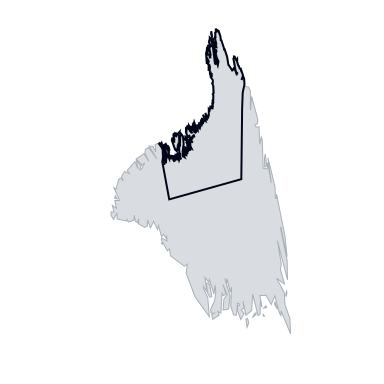 where Qaasuitsup Kommunia sits in Greenland, rotated 80°
{"feature_id": "GRL-2743", "entity_name": "Qaasuitsup Kommunia", "entity_type": "state/province", "adm_level": 1, "iso_a3": "GRL", "parent_name": "Greenland", "parent_adm1": "", "projection": "natural_earth1", "projection_center": [-56.716, 74.362], "detail": "fine", "context": "in_parent", "style": "outline", "palette": "ink", "viewbox_px": 384, "rotation_deg": 80, "n_neighbors": 0, "source": "natural_earth", "source_scale": "10m", "svg_char_len": 9714}
<svg xmlns="http://www.w3.org/2000/svg" viewBox="0 0 384 384"><g transform="rotate(80 192 192)"><path d="M251.3,108.1L272.3,109.6L242.4,110.6L242.4,111.1L275.9,110.2L295.1,113.2L254.8,116.3L278.6,116.6L283.5,118.3L298.8,116.9L291.6,123.7L307.1,118.6L318.7,120.0L333.6,117.6L348.8,119.6L324.5,124.9L329.1,125.8L326.7,126.9L308.6,128.4L316.6,133.6L306.7,136.9L305.7,143.1L317.4,143.1L311.4,143.7L324.0,146.1L325.4,148.4L303.1,150.0L319.0,153.8L322.8,160.3L308.3,160.7L315.1,161.0L316.7,164.0L320.8,161.7L326.0,166.1L316.3,167.7L311.5,166.8L312.1,165.1L310.7,164.5L309.4,166.5L321.0,169.6L320.3,172.3L311.2,173.7L292.7,169.6L297.3,171.8L283.7,172.5L288.1,173.8L282.6,174.6L301.1,172.7L313.6,176.2L313.7,181.9L303.1,179.2L299.0,175.3L288.3,177.6L298.2,176.3L299.6,179.1L296.9,180.0L316.3,184.6L314.0,187.3L318.0,186.6L321.0,193.5L316.3,194.0L315.2,191.1L314.6,194.2L310.9,194.1L302.6,188.4L294.5,185.9L287.7,185.5L296.3,188.1L281.3,190.1L283.9,191.2L278.3,194.1L292.9,194.5L287.1,197.2L288.6,197.5L298.6,194.8L317.9,196.6L295.8,207.2L270.6,211.9L262.3,209.0L263.8,212.4L251.2,224.2L244.0,224.1L245.7,226.4L233.6,230.6L232.1,229.7L235.8,225.2L230.5,224.5L233.0,225.5L228.7,227.4L230.9,229.7L219.3,230.9L223.0,232.5L214.3,234.9L220.1,239.2L211.9,240.6L217.8,241.9L218.5,245.0L214.0,250.2L209.1,249.1L212.6,250.9L211.1,252.8L204.8,252.9L209.7,254.1L210.5,259.7L207.7,260.8L209.3,261.1L205.6,270.3L200.1,269.7L205.4,274.0L200.7,275.9L197.5,275.1L198.5,272.3L191.3,272.8L194.9,269.2L187.0,269.5L187.8,264.8L173.7,268.3L176.2,266.5L166.6,261.8L165.9,259.4L169.2,257.9L164.4,258.6L160.0,254.8L163.0,250.4L159.5,252.1L152.1,242.9L159.8,241.2L151.1,241.3L157.1,237.6L161.2,239.4L160.5,237.5L155.3,233.6L156.9,236.7L149.8,241.2L145.9,232.6L154.4,229.2L145.8,231.6L141.9,230.6L140.7,227.1L153.3,220.8L139.4,226.3L140.4,222.5L146.4,220.8L138.8,220.0L138.1,216.7L145.5,214.1L156.7,215.9L146.5,213.5L138.4,215.7L141.7,210.8L150.8,211.9L153.2,209.4L140.4,210.1L142.3,207.7L153.3,207.8L155.2,206.4L152.6,206.8L153.4,203.9L158.0,203.6L153.5,203.3L157.5,197.2L146.5,197.0L133.4,192.3L155.4,194.5L149.0,190.0L153.3,190.1L141.3,187.8L148.8,185.1L139.5,185.8L141.1,184.2L138.1,180.2L136.6,180.5L139.3,183.6L136.5,186.7L127.3,186.0L131.5,180.2L127.4,181.5L129.0,180.2L127.2,179.5L132.0,176.5L126.8,175.6L128.9,173.3L124.4,171.6L125.9,170.2L123.7,167.6L118.2,167.6L123.5,164.8L111.0,159.1L112.7,158.0L111.3,156.7L85.8,152.2L58.7,154.0L52.6,151.9L60.1,150.2L44.3,147.4L70.5,144.4L54.2,144.7L36.5,139.9L43.1,137.2L73.8,133.6L82.8,127.8L67.5,126.7L81.5,122.4L97.2,121.6L98.5,118.0L102.5,117.0L121.5,120.2L108.3,116.7L131.8,114.6L136.2,115.6L136.9,118.6L139.4,117.3L139.4,114.7L156.9,117.0L149.4,114.0L154.1,113.9L181.0,117.8L182.4,113.9L176.1,112.4L196.7,112.4L171.4,111.3L201.0,109.3L212.2,111.0L213.1,110.2L208.8,109.1L251.3,108.1ZM134.4,195.1L148.6,200.3L138.1,202.9L131.3,199.5L134.7,197.8L131.8,196.4L134.4,195.1ZM298.2,190.6L298.8,192.6L294.5,194.1L284.1,193.8L285.8,190.7L298.2,190.6ZM180.1,116.1L170.5,114.6L167.3,113.2L179.5,113.9L180.1,116.1ZM322.3,128.3L317.0,130.2L314.2,129.4L322.3,128.3ZM330.6,158.7L334.8,161.3L326.5,161.0L326.2,159.3L330.6,158.7ZM326.1,154.3L322.5,151.7L322.1,149.9L323.9,150.3L326.1,154.3ZM129.4,176.7L127.4,178.7L123.8,177.6L129.4,176.7ZM311.4,117.4L309.6,117.6L306.0,116.1L307.3,115.9L311.4,117.4ZM155.5,198.5L152.5,200.7L151.7,198.5L155.5,198.5ZM318.7,138.5L318.8,141.6L316.9,139.0L318.7,138.5ZM43.1,145.2L39.9,145.7L37.4,145.3L43.1,145.2ZM138.7,187.9L137.0,189.4L136.6,189.1L138.7,187.9ZM326.8,143.1L324.3,143.4L326.7,142.1L326.8,143.1ZM185.8,266.9L184.9,269.2L182.3,268.2L185.8,266.9ZM149.6,191.1L147.1,191.0L146.9,190.8L147.9,190.2L149.6,191.1ZM238.3,230.1L237.1,231.1L236.7,229.8L238.3,230.1Z" fill="#d9dde1" stroke="#a8b0b8" stroke-width="1"/><path d="M60.8,150.5L60.3,149.8L54.1,150.0L49.6,149.2L52.8,147.8L47.4,149.3L45.0,148.5L46.7,148.3L43.0,147.7L44.1,146.9L46.8,146.8L45.7,146.6L52.0,146.2L69.8,147.1L69.3,146.9L70.8,146.5L55.3,146.0L64.2,145.3L70.6,146.2L68.3,145.1L71.6,144.6L68.2,143.3L68.5,143.1L63.5,144.4L59.4,144.5L57.6,143.4L57.1,143.5L58.1,144.4L54.8,144.8L49.3,144.0L53.4,143.3L53.6,142.8L47.3,143.3L51.2,142.3L44.0,142.7L43.4,142.5L44.7,142.1L39.3,141.6L39.1,140.9L35.2,140.2L38.5,139.3L36.5,139.2L37.9,138.6L37.5,138.4L38.0,137.8L43.6,137.0L47.5,137.3L47.8,136.7L56.3,135.5L58.2,135.8L56.2,135.2L65.0,133.9L72.2,134.1L74.0,133.9L73.3,133.8L79.1,131.4L78.3,130.6L78.7,129.8L77.8,129.4L78.8,128.7L78.3,128.3L84.9,127.5L82.9,127.5L82.6,126.9L81.3,127.8L78.9,128.0L68.0,128.1L67.9,127.6L65.8,127.2L66.0,126.5L69.7,125.6L69.9,125.1L76.2,124.4L75.3,124.2L78.6,123.6L78.9,123.0L80.5,122.7L80.1,122.4L86.0,121.5L90.2,123.8L87.4,121.4L89.4,121.0L95.1,121.6L102.9,124.8L118.8,128.2L187.9,141.2L195.3,215.7L157.0,216.0L155.1,215.3L156.7,215.0L158.5,214.3L160.6,214.6L158.5,214.2L154.3,215.1L154.9,214.9L152.5,214.5L154.3,214.4L158.6,213.5L155.5,213.0L155.0,213.4L156.4,213.4L153.4,214.1L152.2,213.2L154.4,213.2L154.0,212.5L150.9,212.8L152.4,213.6L151.6,214.3L146.5,213.7L150.7,212.5L142.7,214.1L138.8,216.1L138.3,215.3L139.5,214.4L138.7,213.7L141.1,213.8L139.8,213.2L140.4,213.1L140.8,213.5L141.6,213.5L141.0,213.4L142.3,213.2L140.8,213.0L143.3,212.5L141.1,212.1L147.3,212.9L148.1,212.5L144.1,212.4L141.7,211.4L142.0,211.0L139.9,211.2L140.8,210.9L141.9,210.8L145.8,211.8L143.8,211.0L148.8,212.0L153.0,211.8L156.8,213.0L159.2,212.7L151.7,210.8L154.5,210.9L152.0,210.4L153.3,210.1L153.2,209.2L155.4,208.6L155.0,208.5L150.4,209.2L152.9,210.1L145.8,211.0L145.4,210.1L142.9,210.3L145.0,209.7L140.6,210.3L140.3,209.8L142.1,209.9L146.1,208.5L144.8,208.4L153.2,208.1L153.9,207.9L153.6,207.1L154.9,207.7L155.2,207.2L154.1,206.8L156.0,206.1L152.4,206.7L154.2,205.3L152.9,205.7L153.5,203.8L155.4,203.9L154.0,204.5L156.1,204.3L157.6,205.5L156.9,204.8L158.0,204.3L158.5,205.1L158.4,204.3L155.7,203.9L158.9,203.5L157.0,203.3L157.5,202.3L156.2,203.2L153.2,203.2L154.6,202.7L153.9,202.4L154.8,202.3L154.6,201.4L158.4,200.9L154.5,201.1L155.1,200.0L157.2,200.3L154.9,199.5L158.4,199.2L156.0,197.9L158.0,197.1L152.2,197.7L154.5,197.2L152.4,196.9L151.2,197.7L146.1,197.0L144.4,195.8L136.4,194.4L132.9,192.6L135.5,191.3L143.3,191.8L150.4,194.2L156.2,194.8L155.3,194.5L156.2,193.5L153.6,194.3L151.5,193.2L152.4,192.8L154.2,193.6L155.0,193.4L153.6,192.7L155.4,192.6L152.9,192.5L153.0,191.8L150.9,192.0L152.0,191.4L154.5,192.1L155.5,192.0L153.9,191.4L154.3,191.0L147.9,189.9L152.2,190.3L153.8,189.9L150.6,189.6L152.1,189.0L146.3,189.1L150.3,188.1L149.6,187.4L144.5,188.8L146.2,188.1L146.2,187.4L151.2,186.5L145.2,187.3L142.0,187.0L148.8,185.7L149.4,184.8L146.6,185.6L140.4,184.9L142.5,184.0L142.4,183.4L143.6,182.7L139.8,184.4L139.6,182.5L137.9,181.9L137.0,180.4L138.7,180.2L136.9,180.2L136.4,180.4L137.1,181.6L139.6,183.9L136.7,184.7L137.6,185.4L135.7,184.9L137.2,186.1L136.8,186.8L132.8,187.5L129.3,186.4L130.0,187.2L127.8,186.8L126.9,185.5L127.5,185.4L125.6,185.1L129.2,184.4L128.8,183.6L131.5,183.4L133.1,182.6L134.1,181.2L132.6,182.7L129.1,183.3L127.2,182.9L131.3,181.0L130.9,180.2L132.4,180.1L127.0,179.5L128.0,179.0L134.5,179.3L130.5,179.0L132.6,178.3L131.2,177.9L133.2,177.2L131.0,177.1L132.8,176.8L131.4,175.8L131.8,175.6L126.7,175.1L128.7,174.3L128.1,174.2L129.7,174.2L128.0,173.7L130.0,173.0L124.6,171.0L125.8,170.7L124.7,170.7L125.2,170.2L126.4,170.6L127.1,170.5L125.3,169.5L126.9,169.4L124.3,168.4L125.1,168.3L122.7,168.0L123.9,167.7L123.2,167.7L124.3,166.5L117.7,167.8L123.3,166.4L121.0,166.1L124.2,165.8L120.6,165.3L124.1,165.1L121.6,164.2L122.3,164.0L118.6,163.3L120.6,162.8L119.2,162.1L113.3,161.1L114.5,160.4L111.7,159.3L112.7,158.7L110.3,159.1L113.0,158.4L113.1,157.8L111.8,157.6L112.4,157.1L110.9,156.8L111.9,156.5L108.5,156.7L107.2,156.2L108.0,155.7L107.3,155.4L104.5,156.0L105.5,155.2L100.7,154.2L99.3,154.6L98.4,153.5L91.3,152.6L88.4,153.3L88.1,152.5L85.4,152.1L81.7,153.7L80.9,153.2L81.1,152.4L79.7,152.2L79.9,152.8L78.2,152.9L78.7,153.7L74.7,153.4L74.6,154.4L71.7,153.9L73.6,153.0L72.6,152.7L70.1,152.7L68.9,154.0L66.2,152.8L64.1,153.5L68.4,155.2L58.0,154.1L57.3,153.8L57.9,153.5L51.8,152.0L54.9,151.2L57.5,152.6L59.5,152.6L59.7,151.1L62.6,151.1L62.6,150.5L60.8,150.5ZM147.3,201.3L137.5,202.9L135.0,201.8L140.0,201.6L139.0,201.3L140.3,200.5L137.7,201.4L138.1,201.0L136.6,201.1L137.0,200.3L132.4,200.4L130.9,199.6L134.3,199.8L131.2,198.4L132.2,197.6L135.3,198.0L131.8,196.8L132.2,195.6L134.6,195.0L140.7,195.9L143.8,197.9L148.0,198.8L148.5,199.3L147.9,199.8L149.0,200.0L147.3,201.3ZM152.4,198.0L154.8,198.1L155.7,198.6L154.0,199.4L154.1,200.7L152.9,201.0L151.5,199.5L153.7,198.2L151.6,198.5L152.4,198.0ZM145.8,187.9L142.3,188.9L141.0,187.7L145.8,187.9ZM139.1,189.8L136.5,189.0L138.5,187.7L139.9,189.1L139.1,189.8ZM37.0,145.1L43.5,145.3L39.3,145.7L37.0,145.1ZM128.5,178.5L125.8,178.4L127.2,177.3L130.8,177.0L128.5,178.5ZM46.0,144.7L50.4,145.2L43.8,144.8L46.0,144.7ZM130.5,180.0L128.5,181.6L126.8,181.4L128.2,180.9L127.1,180.6L130.5,180.0ZM141.3,186.1L139.2,185.3L143.3,185.2L141.3,186.1ZM125.2,169.7L123.2,170.0L120.7,169.3L125.2,169.7ZM147.5,207.0L145.9,207.4L141.8,208.0L144.5,207.0L147.5,207.0ZM147.3,190.2L150.2,190.9L146.8,190.9L147.3,190.2ZM122.1,165.0L118.4,165.2L116.4,165.0L121.0,164.6L122.1,165.0ZM126.7,175.6L127.6,175.2L130.2,175.9L126.7,175.6ZM127.0,177.2L124.7,178.1L123.7,177.7L127.0,177.2ZM52.4,150.4L51.7,151.0L49.8,150.8L52.4,150.4ZM126.1,183.7L127.5,183.3L128.3,183.6L127.5,184.1L126.1,183.7ZM141.2,209.1L142.6,208.6L143.4,209.1L142.0,209.6L141.2,209.1ZM124.3,171.6L125.3,171.5L127.9,172.5L126.3,172.8L126.8,172.2L124.3,171.6ZM132.8,194.6L131.2,194.6L130.6,193.8L132.8,194.6ZM145.9,207.9L149.4,207.6L147.6,208.1L145.9,207.9ZM70.8,124.7L69.1,124.7L68.8,124.4L70.8,124.7ZM148.8,191.9L150.6,192.4L148.6,192.1L148.8,191.9Z" fill="none" stroke="#020617" stroke-width="2"/></g></svg>